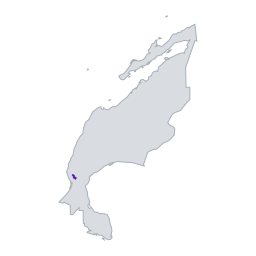 Nejapa de Madero, Oaxaca, Mexico shown in context, rotated 89°
{"feature_id": "50627088B21125637021022", "entity_name": "Nejapa de Madero", "entity_type": "district", "adm_level": 2, "iso_a3": "MEX", "parent_name": "Mexico", "parent_adm1": "Oaxaca", "projection": "mercator", "projection_center": [-95.677, 16.669], "detail": "fine", "context": "in_parent", "style": "filled", "palette": "violet", "viewbox_px": 256, "rotation_deg": 89, "n_neighbors": 0, "source": "geoboundaries", "source_scale": "gbopen_adm2", "svg_char_len": 4387}
<svg xmlns="http://www.w3.org/2000/svg" viewBox="0 0 256 256"><g transform="rotate(89 128 128)"><path d="M25.5,59.3L42.5,57.7L41.7,59.5L68.4,69.3L88.3,69.3L88.3,65.5L100.7,65.6L102.9,68.2L111.5,75.4L113.6,81.3L115.2,83.6L123.2,88.2L125.8,86.5L127.8,82.2L130.2,81.2L136.0,82.0L140.9,86.8L144.1,93.6L149.7,99.8L150.0,103.7L152.5,108.6L164.7,113.1L166.3,112.4L162.6,124.6L161.4,139.0L161.9,142.1L165.1,146.2L164.4,148.4L164.6,146.2L162.0,142.7L162.8,145.9L166.0,152.6L171.2,159.0L172.3,162.9L175.9,166.9L174.9,166.8L177.0,167.8L176.3,167.2L180.1,167.7L182.8,169.1L185.2,171.7L191.6,169.7L196.3,169.4L199.4,167.9L202.7,167.6L203.4,168.2L203.2,169.0L205.8,169.5L207.6,168.3L207.2,166.2L206.3,166.7L206.5,166.3L211.4,162.9L211.7,160.0L213.2,158.4L213.2,153.8L214.1,150.4L217.9,148.4L224.5,147.4L227.4,146.2L230.7,145.9L236.0,147.1L236.4,146.4L235.0,146.3L236.9,145.8L239.0,147.3L239.4,149.3L238.3,152.1L234.8,156.3L234.7,159.0L232.9,160.7L233.2,161.3L234.8,161.1L233.1,162.9L233.1,163.6L234.2,163.3L232.1,170.3L231.6,170.9L230.4,169.3L230.2,166.7L228.6,169.4L227.0,169.6L225.0,173.2L222.7,173.1L222.5,174.3L209.7,174.3L209.6,178.4L206.7,178.4L213.7,184.8L213.5,187.1L204.4,187.1L201.1,192.9L202.0,194.4L200.9,198.3L194.3,191.7L189.0,187.2L185.8,185.6L185.4,186.0L188.4,187.5L183.8,186.2L184.1,185.1L182.9,185.5L182.1,184.6L181.3,185.6L182.8,186.1L180.5,186.3L178.1,187.8L170.8,190.2L166.0,188.3L162.0,187.9L159.3,186.1L156.6,185.4L154.9,183.7L148.4,182.4L140.2,178.8L134.9,175.5L132.7,173.2L127.2,172.4L121.9,170.5L118.6,166.8L111.4,163.2L107.6,158.2L106.2,155.1L109.1,153.7L108.7,152.3L107.4,151.9L109.3,149.6L109.5,146.8L107.9,145.8L106.4,143.0L106.4,140.4L105.4,138.1L101.1,133.8L97.3,128.5L91.5,124.0L93.2,124.8L93.3,123.8L90.2,122.9L87.9,119.2L89.5,119.3L84.9,116.9L84.3,115.7L82.6,116.1L82.3,115.6L83.6,114.1L81.4,115.3L80.1,114.2L79.8,111.8L81.4,109.7L82.0,110.1L80.8,107.9L79.4,106.5L77.5,106.5L76.1,103.6L73.8,102.9L72.4,101.6L71.4,99.0L72.0,97.3L67.8,96.5L60.5,88.1L60.1,86.1L59.0,85.4L54.2,74.8L53.8,71.6L54.3,70.5L50.2,69.1L49.3,67.4L47.9,66.8L46.5,67.8L41.0,64.5L42.0,66.6L41.4,70.7L42.6,73.9L43.7,80.0L49.3,85.3L51.1,88.8L51.9,88.7L52.4,89.7L53.2,89.9L53.9,92.2L55.5,92.9L56.5,97.6L59.3,100.0L60.3,102.7L61.6,103.6L62.6,106.7L63.8,107.5L63.1,105.1L64.7,106.5L66.6,113.7L68.5,115.8L70.9,120.9L70.6,123.0L71.1,125.0L73.2,126.8L73.9,124.9L79.8,131.6L79.3,134.1L77.0,135.9L75.7,136.1L73.2,130.7L63.9,123.3L63.0,123.4L61.1,121.1L60.7,119.5L61.3,116.1L60.4,112.7L59.0,110.4L54.5,107.5L53.5,104.6L52.7,105.8L50.4,106.4L48.7,104.5L44.4,102.5L43.8,100.8L40.6,98.4L40.3,97.5L43.5,98.0L45.4,97.3L45.4,98.0L47.1,98.8L46.4,96.9L45.7,96.8L47.2,92.8L41.0,85.4L35.8,82.1L34.8,80.5L34.8,77.7L33.5,76.8L33.0,73.6L31.4,72.2L31.1,70.3L28.8,67.3L28.4,65.9L29.1,64.9L27.5,63.7L25.5,59.3ZM60.2,88.2L59.7,90.1L58.0,89.5L58.7,86.6L59.6,86.3L60.2,88.2ZM53.5,87.8L51.1,85.8L50.5,83.6L51.7,84.3L52.0,85.5L53.2,85.8L53.5,87.8ZM238.2,155.7L237.6,155.1L237.9,154.3L239.4,153.7L238.2,155.7ZM61.3,123.4L59.6,121.5L60.5,117.6L60.3,121.1L61.3,123.4ZM39.3,95.7L38.0,95.4L38.9,93.3L39.5,94.9L39.3,95.7ZM17.7,88.7L16.6,87.3L16.8,86.7L17.2,86.8L17.7,88.7ZM62.7,123.5L63.7,124.9L61.6,123.5L62.7,123.5ZM100.4,145.9L100.2,146.5L99.6,146.2L99.4,145.2L100.4,145.9ZM71.5,119.5L71.9,120.7L70.8,119.2L71.5,119.5ZM67.4,111.7L68.0,112.3L67.1,113.3L67.4,111.7ZM69.3,167.4L68.9,167.6L68.2,167.1L68.8,166.5L69.3,167.4ZM205.0,167.6L203.8,167.9L205.8,167.3L205.0,167.6ZM77.2,126.2L76.6,126.1L76.5,124.9L77.2,126.2Z" fill="#d9dde1" stroke="#a8b0b8" stroke-width="1"/><path d="M177.2,181.2L177.2,181.3L177.1,181.2L176.9,181.4L177.0,181.4L177.1,181.5L176.8,181.7L176.7,181.7L176.8,181.7L176.7,181.6L176.4,181.9L176.4,182.0L176.1,182.3L176.2,182.5L176.1,182.8L175.9,182.9L175.9,183.1L176.0,183.1L175.9,183.1L176.0,183.2L175.9,183.2L176.0,183.2L176.0,183.3L176.1,183.5L176.1,183.4L176.2,183.2L176.3,183.2L176.5,183.1L176.7,182.9L176.8,182.8L176.8,182.7L176.7,182.6L176.7,182.4L177.0,182.3L176.9,182.3L177.0,182.3L177.2,182.2L177.3,182.1L177.4,181.9L177.4,181.7L177.5,181.6L177.4,181.6L177.2,181.6L177.3,181.6L177.4,181.4L177.2,181.2L177.2,181.2ZM174.7,182.8L174.4,182.9L174.1,183.0L173.9,183.0L174.0,183.0L174.0,183.4L174.0,183.5L173.9,183.8L174.1,184.1L174.4,184.2L174.5,184.2L174.5,183.9L174.4,183.7L174.6,183.7L174.8,183.5L174.9,183.3L174.7,183.1L174.7,182.9L174.7,182.8Z" fill="#8b5cf6" stroke="#5b21b6" stroke-width="1.5"/></g></svg>